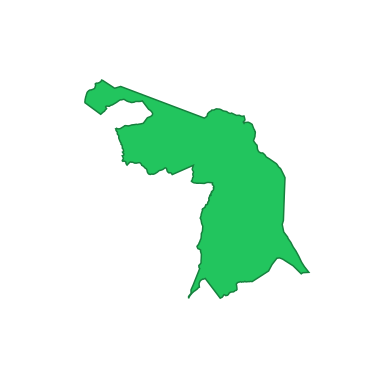 outline of San Antonino el Alto, Oaxaca, Mexico, rotated 32°
{"feature_id": "50627088B50879419202268", "entity_name": "San Antonino el Alto", "entity_type": "district", "adm_level": 2, "iso_a3": "MEX", "parent_name": "Mexico", "parent_adm1": "Oaxaca", "projection": "robinson", "projection_center": [-97.071, 16.822], "detail": "fine", "context": "isolated", "style": "filled", "palette": "green", "viewbox_px": 384, "rotation_deg": 32, "n_neighbors": 0, "source": "geoboundaries", "source_scale": "gbopen_adm2", "svg_char_len": 6062}
<svg xmlns="http://www.w3.org/2000/svg" viewBox="0 0 384 384"><g transform="rotate(32 192 192)"><path d="M263.3,130.6L261.2,129.2L255.2,125.5L254.1,125.1L252.3,124.9L250.0,123.8L248.6,123.3L240.2,122.9L236.2,122.9L234.5,122.0L233.1,121.7L232.7,121.6L232.1,121.5L231.9,121.5L231.5,121.4L230.9,121.6L230.3,122.0L229.8,122.4L229.3,122.5L228.8,122.4L228.2,122.6L227.7,122.5L226.0,121.9L225.3,121.3L224.6,120.7L223.0,118.6L222.2,117.8L221.2,117.7L217.4,116.2L216.9,115.7L216.0,111.6L215.0,109.8L214.2,108.0L213.6,107.3L213.1,107.3L212.6,106.6L212.2,106.3L211.4,106.0L208.8,104.1L207.8,103.3L207.2,102.8L206.4,102.8L205.2,102.7L203.8,102.9L203.1,102.9L202.3,103.3L201.3,104.1L200.2,104.8L199.9,105.4L199.8,106.2L198.4,105.5L198.7,103.1L198.7,102.8L197.5,101.5L195.8,100.0L194.5,101.2L193.8,101.4L193.5,101.6L191.6,101.8L189.0,103.5L183.7,104.1L182.8,105.2L180.7,105.6L178.8,105.4L175.4,106.7L172.7,106.8L171.3,107.2L170.4,107.7L168.7,108.5L168.1,109.2L167.2,110.8L165.3,112.1L165.3,112.9L164.2,115.1L163.8,117.2L163.9,117.9L164.3,118.7L164.5,119.9L164.1,121.0L163.3,122.8L75.6,140.3L71.4,145.0L57.1,144.7L56.0,145.0L56.1,145.6L56.2,146.3L56.0,147.0L55.9,147.3L55.6,147.7L55.5,148.2L55.3,148.5L55.0,148.8L54.5,149.5L54.3,149.7L54.0,149.9L53.6,150.0L52.9,150.8L52.7,151.7L52.9,151.8L53.6,152.3L53.8,152.9L53.9,153.4L54.3,154.5L54.4,155.0L54.4,155.7L54.3,156.2L53.5,157.5L53.1,157.9L52.4,158.9L51.8,159.3L51.3,159.7L50.8,160.7L50.4,162.1L50.3,163.1L50.8,165.3L51.2,166.5L51.5,167.9L51.9,168.8L52.3,170.1L52.8,171.0L53.2,172.0L53.7,172.6L53.9,173.0L73.4,174.5L74.4,171.1L74.8,170.3L75.0,169.6L75.0,168.0L75.2,167.7L75.3,167.1L75.4,166.5L75.0,166.3L74.6,166.2L74.0,165.9L73.6,165.5L73.7,164.8L74.0,164.5L74.5,164.1L75.6,163.6L76.5,163.1L77.2,161.4L77.6,161.1L78.3,160.3L80.5,156.0L81.8,152.8L82.5,151.7L83.3,151.3L84.8,149.7L85.4,149.4L88.6,149.4L90.5,149.0L91.5,148.6L93.1,148.3L94.3,147.4L95.3,146.5L96.2,145.1L99.3,143.2L100.5,142.3L101.6,141.1L111.5,144.9L112.4,144.8L114.5,145.1L115.3,145.4L116.2,145.7L117.1,146.4L117.4,147.2L117.5,148.3L117.2,149.2L116.4,150.6L115.5,151.7L115.0,152.4L114.8,152.9L114.3,159.5L112.0,161.8L111.2,162.4L110.2,163.5L108.9,164.1L107.9,165.0L105.3,167.1L104.7,167.9L104.0,168.8L103.4,169.2L103.0,169.8L102.1,170.1L100.3,171.0L99.8,171.5L99.4,172.6L97.9,175.6L97.2,176.7L96.6,177.1L96.0,177.6L95.0,177.9L94.3,177.9L93.8,178.9L94.4,179.1L94.7,179.8L95.3,180.2L96.0,180.5L96.8,180.6L97.3,181.4L97.7,182.0L98.3,182.6L99.4,182.8L99.8,182.9L100.3,183.6L100.7,183.9L101.0,184.7L101.7,185.4L104.6,187.5L105.8,188.0L106.6,189.2L107.5,189.2L108.6,190.1L109.8,191.9L110.7,192.0L111.9,193.1L112.5,194.0L111.9,195.0L113.2,195.6L113.8,195.6L114.3,196.2L114.5,197.0L113.6,198.2L114.9,199.0L115.9,199.7L116.2,200.8L116.1,202.1L116.4,202.5L117.2,202.6L117.8,201.9L118.6,201.6L119.6,201.6L120.2,201.7L120.6,202.5L121.3,202.9L121.9,203.4L122.7,203.6L122.9,202.1L123.1,201.7L123.2,200.8L123.4,200.1L123.7,199.4L124.0,199.0L124.7,198.9L125.2,198.6L125.8,198.2L128.0,197.9L129.7,196.9L130.7,195.8L132.2,194.8L133.1,194.8L133.8,195.1L134.9,195.7L135.2,196.0L135.9,195.9L137.7,196.0L138.8,196.4L140.0,196.6L140.7,196.5L141.5,196.8L142.2,197.3L142.7,197.8L143.4,198.6L144.8,199.4L145.8,199.7L146.5,199.4L147.0,199.4L147.6,199.0L148.1,198.2L148.6,198.0L149.5,197.6L150.0,197.2L150.8,196.2L151.8,194.2L152.2,193.3L152.6,191.8L153.1,190.9L153.9,190.2L154.7,189.2L155.3,188.4L155.7,187.5L156.1,186.4L156.5,185.7L157.2,185.5L158.0,185.7L158.7,186.3L159.4,187.0L160.0,187.5L160.8,187.8L161.7,188.0L162.4,188.0L163.0,187.4L163.7,187.0L164.6,187.1L166.0,187.7L179.0,168.6L179.8,171.7L180.2,172.6L180.4,172.9L182.2,173.8L182.8,174.3L182.9,174.9L183.0,176.0L183.2,176.3L183.7,177.1L184.6,177.7L185.1,178.4L185.0,179.5L185.8,181.8L185.7,183.1L186.5,183.3L188.2,183.3L188.6,183.2L189.3,183.0L189.9,182.6L191.1,182.2L191.5,182.0L193.8,180.5L194.5,180.1L197.8,178.3L199.6,176.1L200.6,175.3L202.6,174.3L204.6,173.4L205.4,175.0L206.3,175.0L207.6,175.7L208.0,176.3L207.8,176.9L208.5,177.4L208.5,178.0L209.0,178.5L209.0,179.5L208.4,181.3L208.5,181.8L209.0,181.9L208.8,182.9L209.0,184.1L209.8,184.5L209.8,184.9L208.9,185.2L209.1,186.2L209.3,186.4L209.3,186.7L209.4,186.9L209.5,187.2L209.4,187.7L209.5,188.3L209.9,188.9L210.5,189.3L210.5,189.9L210.7,190.3L211.0,190.3L211.0,190.8L210.8,191.9L211.0,192.8L211.6,193.8L211.5,194.6L210.8,194.9L210.5,195.4L210.7,195.7L210.7,196.6L210.8,197.0L210.8,197.4L211.2,198.0L210.9,198.5L210.5,199.4L210.3,200.1L210.0,200.4L209.9,200.8L209.9,201.3L210.1,201.5L210.3,201.4L210.5,201.7L211.6,206.0L212.2,207.1L212.8,209.7L212.9,209.9L214.2,210.6L216.9,213.6L219.3,215.3L221.7,219.9L221.7,220.4L221.8,221.1L222.0,222.5L222.8,223.7L224.3,226.6L224.5,228.2L224.9,230.0L225.0,231.3L225.2,232.0L225.3,233.1L225.0,235.4L225.8,236.1L226.9,236.8L227.2,236.9L228.5,236.6L230.0,236.6L230.7,237.8L233.0,239.9L235.1,243.6L236.3,245.9L236.8,246.5L237.2,247.4L237.1,249.4L236.7,250.6L237.6,251.9L238.1,252.4L239.1,252.8L242.3,270.4L243.0,275.5L244.8,278.3L244.9,278.7L244.7,280.0L244.5,281.7L244.5,282.5L245.5,284.0L245.2,282.3L245.2,281.4L245.3,280.1L245.7,277.4L246.5,274.7L246.6,274.4L246.8,274.3L246.9,274.0L247.0,273.7L247.8,271.7L248.2,269.3L248.7,268.8L246.6,266.1L246.3,264.9L246.1,264.0L246.1,263.0L246.4,261.8L247.3,260.1L248.1,259.7L249.0,258.3L272.2,267.1L273.4,265.1L273.6,262.1L274.5,261.9L275.5,262.0L276.7,260.9L277.2,259.6L277.0,258.4L277.5,257.3L277.5,256.8L278.6,255.8L280.2,254.6L280.5,253.8L280.8,252.8L281.7,251.9L281.8,250.8L280.7,249.3L279.3,247.6L278.7,247.0L278.4,246.6L278.3,246.1L278.9,244.3L279.9,243.3L280.5,242.4L281.6,242.3L282.4,241.4L283.0,241.2L283.7,240.7L284.0,240.1L284.2,239.7L285.2,239.7L285.8,239.3L287.3,238.1L288.1,237.7L288.5,237.3L288.7,237.0L288.9,236.9L290.5,236.1L298.8,218.4L298.3,211.1L299.1,203.2L301.1,201.5L304.4,200.9L316.8,201.0L328.0,203.5L328.7,201.8L329.9,200.9L333.7,198.2L326.8,195.7L322.2,193.5L316.7,190.0L311.4,187.0L306.9,185.0L304.2,183.4L302.6,182.4L297.9,180.4L297.1,179.6L291.0,177.3L285.7,171.7L284.6,167.7L271.9,145.7L263.3,130.6Z" fill="#22c55e" stroke="#15803d" stroke-width="1.5"/></g></svg>